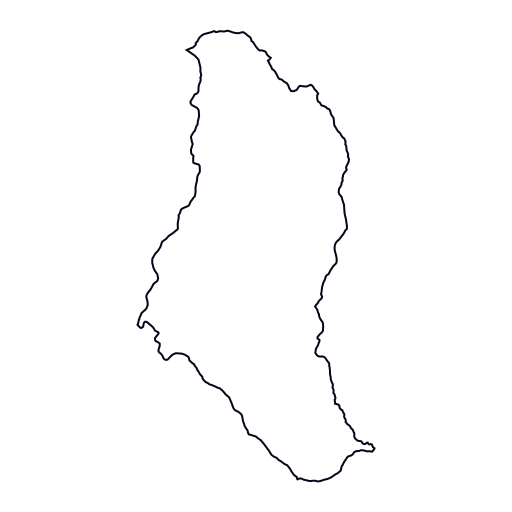 Nangkor, Shemgang, Bhutan
{"feature_id": "84629894B93769975990256", "entity_name": "Nangkor", "entity_type": "district", "adm_level": 2, "iso_a3": "BTN", "parent_name": "Bhutan", "parent_adm1": "Shemgang", "projection": "orthographic", "projection_center": [90.802, 27.203], "detail": "fine", "context": "isolated", "style": "outline", "palette": "ink", "viewbox_px": 512, "rotation_deg": 0, "n_neighbors": 0, "source": "geoboundaries", "source_scale": "gbopen_adm2", "svg_char_len": 6028}
<svg xmlns="http://www.w3.org/2000/svg" viewBox="0 0 512 512"><path d="M374.5,448.3L372.9,447.0L371.8,444.4L370.8,444.1L369.2,444.4L368.5,444.0L367.7,442.6L367.0,442.6L365.2,444.0L363.6,444.1L362.1,442.7L361.6,441.6L361.0,441.2L357.9,440.8L357.1,440.3L355.0,438.3L354.5,437.4L354.3,436.5L354.3,433.1L353.7,432.2L352.7,429.7L350.9,428.1L350.0,426.1L348.3,424.7L347.5,424.4L346.4,422.8L345.6,422.0L345.8,420.6L345.7,419.8L344.7,418.1L344.2,416.9L344.1,416.2L344.4,414.8L344.1,413.9L342.9,411.8L342.3,410.1L341.8,410.0L340.9,409.5L340.1,408.5L339.6,407.7L339.3,405.6L338.8,405.1L338.3,404.6L335.0,403.7L335.1,402.3L334.6,399.9L335.4,398.4L335.4,397.4L334.8,395.9L334.7,394.6L333.4,393.0L333.6,390.0L332.5,387.4L332.9,385.1L332.9,384.3L331.8,382.3L330.8,379.3L330.7,377.1L330.0,374.2L330.0,371.4L329.6,367.0L329.2,365.9L329.2,363.2L327.4,361.1L325.2,357.8L324.5,357.2L322.5,356.4L319.7,356.6L318.7,356.3L317.7,355.8L316.5,354.7L315.3,352.7L316.0,348.6L317.7,345.9L319.6,340.6L319.4,339.8L317.6,338.6L317.4,337.2L319.3,334.8L322.1,332.1L322.9,330.8L323.2,326.3L322.9,323.2L322.4,321.9L320.5,319.3L319.5,317.3L319.0,315.6L319.0,314.2L318.1,312.8L317.3,309.8L315.1,306.4L316.2,304.8L317.9,303.0L318.9,300.9L320.7,299.3L321.9,297.7L322.1,296.7L321.8,295.7L321.0,294.3L321.5,292.1L322.1,287.1L323.4,282.4L324.7,280.1L325.7,276.7L326.7,275.2L328.4,274.3L330.7,270.0L333.1,266.4L336.0,263.4L336.6,262.0L336.7,259.6L336.4,256.8L334.8,250.4L334.5,247.7L335.0,244.8L335.8,242.9L336.6,241.7L339.3,239.3L343.8,233.4L345.4,230.3L346.9,228.9L346.9,225.7L345.9,219.0L345.0,215.4L344.5,212.6L344.0,204.8L342.0,198.7L341.8,197.2L339.5,194.4L338.7,192.6L338.7,191.6L339.0,188.9L339.2,188.4L339.8,187.9L341.4,184.8L341.7,182.3L342.3,181.5L342.7,180.6L342.4,178.6L342.5,177.8L342.9,176.9L343.0,175.3L343.9,173.4L346.7,169.9L346.5,168.9L346.1,168.2L346.2,166.8L347.4,164.2L348.1,163.2L349.0,160.1L348.5,157.7L347.9,156.6L348.2,154.5L347.8,153.1L346.6,150.4L346.2,145.8L345.3,144.4L345.6,141.5L345.0,140.5L344.8,139.6L344.1,138.3L343.3,137.9L341.8,136.2L341.1,135.2L340.3,133.5L339.3,132.3L338.3,131.7L336.5,129.0L336.0,128.0L334.3,125.3L333.6,118.1L330.9,114.1L330.7,112.7L329.9,110.4L329.2,109.3L328.9,109.0L327.6,108.7L325.9,107.1L323.6,106.0L321.5,105.4L319.8,102.5L318.5,101.9L317.7,100.8L317.1,98.0L317.2,95.3L318.2,93.6L315.9,90.5L314.7,89.5L313.6,87.5L312.3,85.7L310.7,84.8L306.6,86.5L304.2,86.4L300.1,85.9L298.9,86.6L296.6,90.1L295.1,90.4L294.2,91.2L291.1,91.1L289.1,88.0L288.4,85.6L286.8,83.2L284.0,81.6L281.5,79.4L279.9,79.2L278.7,78.4L275.3,72.0L273.8,70.2L272.2,69.1L271.1,66.5L270.1,64.9L267.9,60.6L269.8,59.3L270.8,57.8L269.2,56.8L266.8,54.4L266.2,52.7L265.3,51.5L262.4,50.5L259.5,50.4L258.4,49.6L256.0,46.7L252.9,41.9L251.6,41.1L251.0,38.7L250.0,37.1L247.3,35.3L246.1,34.0L243.3,32.2L240.9,32.5L238.8,33.2L236.3,33.1L233.1,32.5L231.0,31.7L227.6,30.7L224.0,31.5L219.6,31.2L217.5,31.9L215.8,32.1L214.3,31.1L210.9,32.3L204.4,34.0L202.5,34.9L200.0,37.0L198.6,38.9L197.6,41.1L195.7,43.1L195.9,44.4L195.7,44.9L193.0,47.5L191.2,48.1L186.7,50.0L194.7,55.6L197.2,58.1L198.6,59.9L200.4,67.5L200.5,69.2L200.3,71.0L201.2,75.0L201.1,76.1L200.3,77.7L200.7,78.8L200.5,81.2L199.1,84.4L198.6,86.5L198.4,91.5L198.1,92.1L196.7,93.7L194.7,94.4L193.0,97.5L191.1,100.5L190.4,102.1L190.8,103.7L191.7,105.0L196.9,107.8L198.2,109.4L198.7,110.5L199.0,114.6L199.1,116.2L197.6,122.6L197.7,124.0L197.3,124.8L196.4,126.2L194.8,130.9L193.8,131.8L191.2,136.0L191.0,137.6L191.8,140.9L191.9,141.9L192.7,144.0L191.0,149.5L191.0,151.2L191.3,153.4L191.7,154.2L193.0,155.3L193.6,156.3L193.2,157.3L193.2,161.8L193.4,162.7L194.2,163.2L198.6,164.5L199.0,164.8L199.7,166.2L199.9,171.2L199.2,173.2L198.6,173.9L197.7,175.6L197.2,177.5L197.1,179.9L195.7,186.1L195.5,188.9L195.6,191.9L195.1,195.1L194.8,196.3L193.5,197.7L190.5,201.9L189.2,205.0L188.0,206.1L183.1,208.1L181.0,209.6L179.8,213.4L178.5,215.4L178.8,217.3L177.8,222.7L177.7,225.4L177.9,227.5L177.9,228.7L177.1,229.8L175.0,231.3L174.3,232.1L169.6,235.4L168.8,235.8L166.2,238.8L162.1,241.8L160.4,246.9L158.5,250.0L156.8,252.1L155.5,253.3L152.4,258.6L152.2,261.0L152.3,263.1L153.5,267.9L154.8,270.7L157.4,274.4L158.1,278.4L157.6,280.2L157.1,281.2L154.8,282.8L153.2,284.4L152.4,286.2L150.2,290.0L148.7,291.5L148.6,292.0L147.8,292.9L146.6,295.1L146.3,296.9L147.1,300.2L147.5,301.3L147.7,305.2L146.4,308.4L145.6,309.4L141.5,313.1L141.0,314.7L139.5,317.8L139.3,319.2L138.8,319.9L138.2,323.3L137.5,324.8L139.7,327.2L140.6,327.9L141.6,327.9L143.2,326.6L143.7,323.4L144.1,322.6L145.2,321.7L146.9,322.0L152.9,327.1L155.2,330.8L158.1,332.1L158.5,332.7L158.6,333.5L155.2,337.8L154.9,338.8L155.4,340.7L155.7,341.1L157.3,341.8L159.6,343.4L159.8,344.0L159.7,346.0L158.6,349.4L158.4,350.7L158.6,351.4L159.0,352.2L161.4,354.2L162.8,356.4L163.3,357.8L164.3,359.3L165.8,359.8L166.7,359.9L167.8,359.4L171.8,355.2L173.8,354.0L175.9,353.2L182.1,353.7L184.6,354.6L188.1,356.7L188.8,357.5L189.3,360.2L192.5,363.3L194.1,364.2L194.6,365.6L196.6,368.0L197.4,370.2L198.3,371.2L199.9,374.1L202.2,376.6L202.6,378.2L203.2,379.5L205.1,381.6L206.2,382.4L207.8,383.0L209.2,384.2L213.2,385.6L218.4,388.0L219.4,388.1L222.0,390.1L224.3,392.7L225.6,394.4L229.1,397.3L231.7,403.4L233.4,408.1L234.6,409.8L235.9,410.7L238.4,411.8L240.7,413.7L241.6,414.8L242.2,416.4L243.1,421.5L244.1,424.0L244.7,426.2L247.7,430.8L248.0,432.8L248.8,434.3L255.9,436.5L258.2,438.5L260.7,440.1L263.8,443.8L268.9,450.7L271.4,454.7L273.8,456.6L276.7,457.9L278.3,459.7L281.5,461.7L284.3,463.9L287.3,465.3L289.8,468.5L291.4,471.3L293.8,474.8L296.8,477.1L297.3,479.2L297.6,479.4L298.9,478.7L300.3,478.4L301.7,478.7L303.2,479.5L309.4,481.0L310.9,481.1L312.0,480.8L314.0,480.7L315.2,480.8L317.1,481.3L318.9,481.3L320.1,481.1L325.3,479.4L327.2,479.1L330.9,477.5L336.0,474.0L337.4,473.4L340.1,471.2L340.7,470.6L341.8,465.9L342.4,465.4L344.1,462.0L346.7,458.1L347.8,456.7L348.8,456.2L351.6,455.3L352.8,454.2L354.1,452.3L354.8,451.8L356.2,451.2L359.3,450.9L361.0,450.2L362.5,450.2L367.6,451.4L369.6,451.2L372.1,451.7L374.1,449.3L374.5,448.3Z" fill="none" stroke="#020617" stroke-width="2"/></svg>